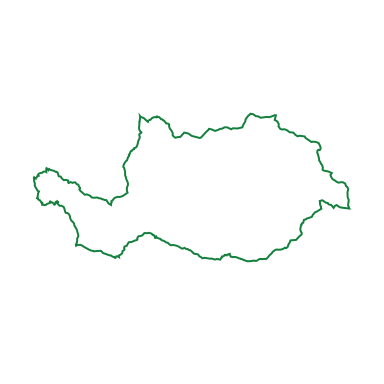 Buces, Hunedoara, Romania, rotated 338°
{"feature_id": "2599482B61703406686654", "entity_name": "Buces", "entity_type": "district", "adm_level": 2, "iso_a3": "ROU", "parent_name": "Romania", "parent_adm1": "Hunedoara", "projection": "mercator", "projection_center": [22.959, 46.183], "detail": "fine", "context": "isolated", "style": "outline", "palette": "green", "viewbox_px": 384, "rotation_deg": 338, "n_neighbors": 0, "source": "geoboundaries", "source_scale": "gbopen_adm2", "svg_char_len": 6020}
<svg xmlns="http://www.w3.org/2000/svg" viewBox="0 0 384 384"><g transform="rotate(338 192 192)"><path d="M219.6,277.8L224.0,278.9L224.6,279.5L226.4,280.0L229.6,279.4L233.2,281.0L234.1,281.1L235.4,281.9L237.2,281.4L240.0,279.8L243.1,278.6L244.3,277.7L247.6,276.9L249.2,277.1L250.2,277.8L253.2,278.8L255.8,278.8L257.3,278.4L258.0,279.2L258.6,279.3L260.3,278.6L261.1,277.7L261.3,277.2L263.6,275.5L265.2,273.8L270.6,275.4L275.2,273.2L277.6,272.5L278.3,271.3L278.4,270.4L278.1,269.5L278.4,267.2L280.2,264.3L281.3,263.5L281.1,263.2L282.3,262.2L283.6,262.2L285.3,259.8L287.4,260.0L288.1,259.6L293.7,260.0L295.8,258.2L298.9,256.8L300.4,256.9L305.6,256.0L305.6,255.1L306.1,254.3L306.0,252.1L307.1,248.2L309.8,248.5L312.1,252.0L313.9,253.3L313.9,254.4L314.9,255.4L316.2,256.0L317.4,259.8L319.5,258.3L321.2,258.3L323.1,261.2L324.3,262.2L331.7,266.3L331.7,262.8L334.3,258.2L334.4,255.0L336.1,250.4L337.9,247.9L337.9,245.5L337.0,244.4L337.2,241.6L335.6,239.6L334.4,238.9L331.3,238.2L329.9,236.7L328.8,234.8L327.4,233.2L326.7,231.0L326.7,228.2L328.7,226.8L326.1,224.1L321.9,221.3L321.4,220.3L322.5,218.3L322.7,215.7L322.1,214.0L322.2,212.7L321.7,210.4L322.3,208.5L322.9,204.5L322.8,202.5L323.6,201.0L324.2,200.4L324.8,200.3L326.2,200.9L326.9,200.7L327.9,198.9L328.0,196.8L327.7,194.0L325.5,191.9L322.6,190.5L321.5,190.4L317.5,184.4L317.3,182.7L312.9,180.2L310.7,179.8L309.3,177.8L308.2,174.9L304.9,173.1L302.9,169.9L301.0,168.3L299.1,167.9L297.5,166.6L296.8,163.6L297.9,161.5L297.5,158.5L295.7,156.2L298.5,152.3L297.5,151.8L292.0,151.7L288.9,150.2L283.5,148.9L281.5,146.5L279.7,145.7L277.6,142.5L276.2,142.0L275.7,141.4L272.3,142.6L269.1,144.5L267.8,146.6L264.6,149.0L262.9,150.9L258.1,150.2L253.7,148.2L251.8,148.5L248.8,145.2L246.3,144.2L243.7,144.6L241.8,144.0L238.8,144.2L236.3,144.0L233.5,141.2L231.4,139.8L229.7,140.9L227.8,141.5L221.6,144.5L220.4,144.9L219.4,144.8L212.9,140.0L210.4,136.3L207.0,134.0L201.9,136.5L198.9,135.7L196.8,135.4L195.5,132.9L195.3,132.2L196.2,130.1L195.8,126.5L195.3,125.4L195.2,123.7L195.5,122.0L196.1,121.1L196.1,120.7L195.7,119.9L193.6,118.5L193.4,117.1L192.7,115.3L192.1,114.8L192.2,114.5L191.7,113.6L190.6,112.9L190.5,112.2L189.5,110.2L188.2,109.6L187.0,109.5L186.9,109.3L187.2,108.8L185.7,108.8L184.1,108.3L182.5,108.5L180.6,109.5L179.9,109.2L178.1,109.5L177.4,110.4L176.7,109.2L175.0,105.4L172.4,102.9L172.2,102.1L171.6,104.2L170.4,105.8L170.2,106.7L169.4,107.2L169.5,107.5L166.9,112.8L166.5,114.3L166.6,115.5L166.8,116.5L167.4,117.7L167.1,118.1L166.1,118.2L164.6,118.9L164.1,121.6L163.3,122.8L161.5,124.3L159.1,127.8L157.5,129.3L156.7,129.7L154.8,129.7L154.3,130.6L152.8,130.5L151.7,131.3L150.6,131.2L149.5,132.2L148.8,133.1L147.5,133.7L147.7,134.3L147.3,135.0L145.8,135.7L143.6,138.3L141.9,138.8L139.6,140.5L138.2,142.0L137.7,143.4L138.1,144.2L137.6,147.9L136.2,151.8L136.3,153.7L135.9,155.1L136.0,159.0L135.8,160.0L135.2,161.5L133.4,163.4L132.5,165.3L132.1,166.6L132.0,168.5L126.1,169.8L123.3,169.6L121.1,168.6L118.2,168.5L116.3,169.3L115.3,170.0L113.8,170.3L113.6,171.6L112.7,172.1L112.1,173.6L110.4,171.6L109.5,167.4L108.2,166.8L106.7,165.4L106.0,165.1L105.3,164.0L103.5,163.0L102.0,161.6L98.4,160.4L97.2,159.6L96.7,158.9L96.4,157.9L96.0,157.2L93.6,154.8L91.8,154.5L91.4,154.0L88.8,148.9L88.6,147.3L89.5,146.8L89.8,146.4L89.2,144.5L89.4,143.2L89.1,142.4L88.1,141.6L87.3,139.3L86.4,138.9L84.7,138.8L83.1,137.3L81.0,137.5L80.8,137.1L80.9,136.3L81.5,135.0L79.9,133.7L77.5,132.9L76.4,130.6L76.1,128.6L74.4,127.5L74.6,123.5L74.0,122.5L73.3,122.4L71.9,120.6L68.7,118.3L68.2,117.1L67.5,117.3L67.0,117.8L66.6,116.2L66.0,115.4L65.7,115.7L64.4,118.9L64.0,118.3L62.3,117.6L61.5,117.5L60.7,118.0L57.3,117.6L56.7,117.7L55.3,118.7L55.8,119.6L54.2,119.7L52.4,120.9L52.0,120.4L51.9,120.8L51.5,120.4L51.1,119.2L50.7,119.5L50.5,121.0L49.8,122.4L49.4,125.5L48.7,127.0L48.7,129.1L49.4,133.3L50.3,134.1L48.7,135.7L47.1,138.6L46.1,139.6L46.9,140.0L46.6,141.1L46.8,141.6L47.9,142.7L48.5,145.9L48.8,145.4L49.0,145.7L49.1,146.3L48.7,146.4L48.9,146.8L48.3,147.7L50.4,148.9L51.6,149.2L53.2,148.8L56.3,148.9L56.7,147.6L57.0,147.6L58.0,149.2L58.9,149.6L59.6,152.2L59.9,152.3L61.2,151.4L61.0,151.1L61.2,150.9L61.8,150.9L62.0,150.2L62.6,150.2L62.7,150.6L63.4,150.8L63.7,150.3L64.1,150.9L64.0,151.3L63.5,151.6L63.0,151.0L62.9,151.4L63.0,152.3L64.1,155.2L65.8,155.8L67.4,157.8L67.4,160.1L67.0,163.1L67.2,164.1L68.6,164.7L69.6,166.6L69.7,168.6L69.2,171.2L69.3,172.4L69.7,174.2L70.1,174.5L70.8,176.8L70.4,179.4L71.0,182.6L71.0,184.6L70.3,189.9L69.9,190.6L68.3,191.9L66.7,195.3L64.5,197.5L64.4,198.4L65.7,198.1L68.9,199.3L70.4,200.9L70.9,201.9L74.8,206.7L76.6,208.6L78.2,209.5L78.5,210.1L85.0,212.2L85.7,212.7L86.6,215.2L92.1,220.1L93.1,220.5L94.0,222.0L94.9,222.9L95.5,223.0L95.7,223.9L96.3,224.4L97.7,223.3L99.4,224.3L99.9,225.0L100.2,223.5L102.4,223.3L103.7,222.9L104.6,222.3L105.4,220.8L107.2,220.4L107.7,220.1L108.0,219.7L108.0,218.5L109.0,217.3L111.4,217.4L113.6,215.5L114.8,214.9L117.3,215.7L120.9,215.6L123.0,215.9L123.6,215.5L123.9,214.4L124.3,214.0L125.7,213.0L129.0,213.7L130.6,213.2L132.2,212.3L133.2,212.4L134.5,213.3L136.5,213.6L138.8,215.3L139.6,217.2L140.2,217.3L140.8,219.4L142.1,219.6L142.1,220.1L140.8,220.2L140.5,220.6L140.7,220.9L142.0,221.0L142.8,221.6L144.0,222.8L145.2,223.7L145.7,225.2L147.5,226.7L149.4,229.2L150.7,230.3L151.4,232.1L152.1,233.0L153.1,233.7L154.6,234.0L157.3,235.8L158.8,237.2L161.4,240.6L162.7,241.1L164.0,240.9L165.0,242.3L166.6,243.3L167.4,244.6L168.6,245.4L169.8,247.5L169.9,248.5L170.4,249.0L170.9,250.1L173.5,251.6L174.4,252.4L174.5,253.6L174.8,254.5L175.7,255.3L176.8,257.3L179.4,257.9L183.6,260.5L185.1,261.0L188.2,263.3L189.6,263.4L191.2,264.0L191.9,264.8L193.0,265.3L194.4,264.0L195.4,263.8L195.6,263.6L195.4,263.2L195.6,263.0L196.6,263.3L198.5,263.1L198.7,262.6L199.6,262.9L200.4,263.7L200.9,263.3L202.1,263.7L202.6,263.3L203.8,263.5L203.6,264.4L203.8,264.9L203.6,265.7L203.7,266.4L205.2,267.6L206.1,267.7L208.4,268.9L210.3,270.5L210.7,271.2L211.7,271.7L212.1,272.4L213.5,273.2L214.1,274.1L217.3,276.9L219.6,277.8Z" fill="none" stroke="#15803d" stroke-width="2"/></g></svg>